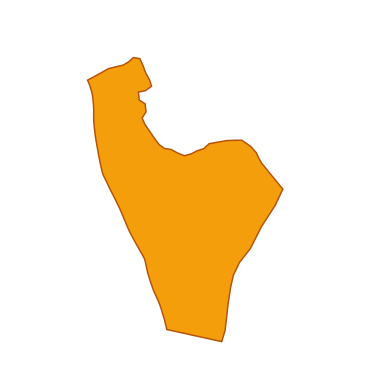 outline of Chhuzagang, Geylegphug, Bhutan, rotated 334°
{"feature_id": "84629894B88618838291424", "entity_name": "Chhuzagang", "entity_type": "district", "adm_level": 2, "iso_a3": "BTN", "parent_name": "Bhutan", "parent_adm1": "Geylegphug", "projection": "robinson", "projection_center": [90.512, 26.875], "detail": "fine", "context": "isolated", "style": "filled", "palette": "amber", "viewbox_px": 384, "rotation_deg": 334, "n_neighbors": 0, "source": "geoboundaries", "source_scale": "gbopen_adm2", "svg_char_len": 2699}
<svg xmlns="http://www.w3.org/2000/svg" viewBox="0 0 384 384"><g transform="rotate(334 192 192)"><path d="M274.9,229.3L267.3,197.0L267.1,195.3L266.9,190.8L266.9,189.5L267.0,184.8L264.7,176.6L259.4,167.3L252.5,164.0L245.4,160.9L236.0,158.2L228.6,156.1L221.5,158.2L214.7,157.2L208.2,157.4L201.1,156.1L196.0,150.5L192.1,144.8L186.3,140.8L183.2,134.8L181.7,126.8L180.6,119.2L179.3,110.6L179.6,103.7L185.9,99.7L188.5,92.1L184.9,86.3L187.6,78.7L194.7,80.5L202.0,79.2L203.0,72.5L202.6,64.1L203.4,57.0L203.6,49.3L198.2,45.5L192.0,47.3L185.5,47.7L178.0,46.0L170.9,44.5L162.9,45.0L147.1,45.7L147.1,47.3L147.0,48.9L146.9,50.6L146.7,52.2L146.5,53.8L146.2,55.4L146.0,57.1L145.6,58.7L145.2,60.2L144.8,61.8L144.3,63.4L143.8,64.9L143.2,66.4L142.6,68.0L142.0,69.5L141.4,71.0L140.8,72.5L140.1,74.0L139.5,75.5L138.8,76.9L138.0,78.4L137.3,79.8L136.6,81.3L135.9,82.8L135.2,84.2L134.6,85.7L134.0,87.2L133.4,88.8L132.8,90.3L132.3,91.8L131.7,93.3L131.2,94.9L130.6,96.4L130.1,98.0L129.6,99.5L129.1,101.1L128.7,102.6L128.2,104.2L127.7,105.8L127.3,107.3L126.8,108.9L126.4,110.5L125.9,112.1L125.5,113.6L125.0,115.2L124.6,116.8L124.1,118.3L123.7,119.9L123.3,121.5L122.9,123.1L122.4,124.7L122.1,126.2L121.7,127.8L121.3,129.4L120.9,131.0L120.6,132.6L120.2,134.2L119.9,135.8L119.7,137.4L119.6,139.1L119.7,140.7L119.7,142.3L119.7,144.0L119.7,145.6L119.7,147.3L119.6,148.9L119.6,150.5L119.6,152.2L119.6,153.8L119.6,155.5L119.6,157.1L119.7,158.7L119.7,160.4L119.7,162.0L119.8,163.7L119.8,165.3L119.8,166.9L119.8,168.6L119.8,170.2L119.8,171.8L119.8,173.5L119.8,175.1L119.7,176.8L119.6,178.4L119.6,180.0L119.5,181.7L119.4,183.3L119.3,185.0L119.2,186.6L119.1,188.2L119.0,189.9L118.9,191.5L118.8,193.1L118.7,194.8L118.6,196.4L118.6,198.0L118.5,199.7L118.5,201.3L118.6,203.0L118.6,204.6L118.7,206.2L118.7,207.9L118.8,209.5L118.9,211.1L119.0,212.8L119.1,214.4L119.2,216.1L119.3,217.7L119.4,219.3L119.5,221.0L119.6,222.6L119.7,224.2L119.8,225.9L119.9,227.5L120.0,229.1L120.0,230.8L119.8,232.4L119.5,234.0L119.1,235.6L118.7,237.2L118.3,238.8L117.9,240.4L117.6,241.9L117.2,243.5L116.8,245.1L116.5,246.7L116.3,248.4L116.0,250.0L115.7,251.6L115.5,253.2L115.3,254.8L115.1,256.4L114.9,258.1L114.7,259.7L114.5,261.3L114.3,263.0L114.2,264.6L114.1,266.2L114.1,267.9L114.1,269.5L114.0,271.1L114.0,272.8L113.9,274.4L113.9,276.1L113.7,277.7L113.6,279.3L113.4,281.0L113.2,282.6L113.0,284.2L112.7,285.9L112.4,287.5L112.2,289.1L111.9,290.7L111.6,292.4L111.4,294.0L111.1,295.6L110.7,297.2L110.4,298.8L110.0,300.4L109.7,302.0L109.1,304.6L133.7,324.1L153.1,339.5L160.9,331.1L167.8,320.4L175.1,308.8L184.4,295.3L192.7,284.9L203.7,276.2L219.7,268.4L239.5,253.4L261.2,240.3L272.0,231.5L274.9,229.3Z" fill="#f59e0b" stroke="#b45309" stroke-width="1.5"/></g></svg>